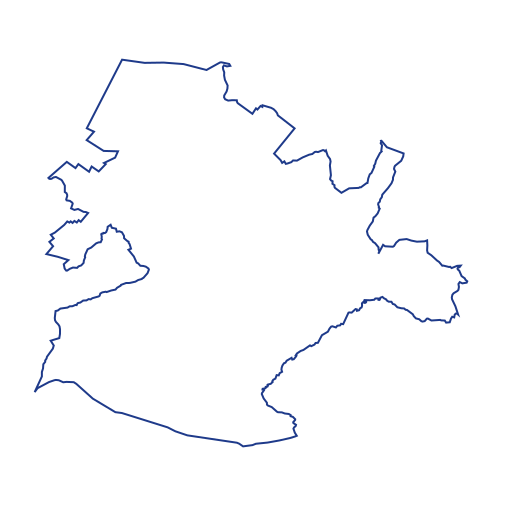 Xaltocan, Tlaxcala, Mexico (orthographic projection), rotated 274°
{"feature_id": "50627088B23292319838140", "entity_name": "Xaltocan", "entity_type": "district", "adm_level": 2, "iso_a3": "MEX", "parent_name": "Mexico", "parent_adm1": "Tlaxcala", "projection": "orthographic", "projection_center": [-98.236, 19.419], "detail": "fine", "context": "isolated", "style": "outline", "palette": "blue", "viewbox_px": 512, "rotation_deg": 274, "n_neighbors": 0, "source": "geoboundaries", "source_scale": "gbopen_adm2", "svg_char_len": 6023}
<svg xmlns="http://www.w3.org/2000/svg" viewBox="0 0 512 512"><g transform="rotate(274 256 256)"><path d="M442.5,108.7L371.6,78.3L368.7,85.7L359.8,79.0L350.2,96.7L350.8,111.0L344.3,108.6L338.2,97.9L337.2,99.7L329.4,93.2L333.8,85.8L328.4,83.6L335.3,72.4L331.1,69.8L336.7,60.7L319.4,43.5L318.6,44.4L318.5,45.4L318.8,46.7L320.2,48.5L320.9,50.9L318.4,56.5L317.6,57.3L312.9,60.4L306.5,60.8L305.4,62.6L304.0,63.3L302.7,63.5L299.2,62.7L298.3,63.2L298.0,66.5L296.4,69.0L295.4,69.5L290.6,68.2L289.3,71.6L290.5,75.2L288.0,80.9L288.0,83.2L287.2,85.5L277.9,78.8L279.4,76.6L276.9,74.9L278.3,72.4L276.2,70.7L277.6,68.7L276.3,67.5L277.3,65.3L273.6,62.5L265.3,53.7L262.9,49.8L259.4,53.0L255.7,48.9L251.6,52.9L243.3,46.8L241.4,58.2L238.8,69.1L234.4,64.8L230.1,66.0L228.2,67.7L228.3,68.7L230.2,71.1L231.7,74.2L231.7,78.4L233.3,79.7L234.4,82.3L237.1,84.5L239.5,84.6L242.9,85.7L243.6,85.3L245.7,85.6L251.0,87.6L252.9,91.0L257.5,95.7L258.6,98.0L258.9,100.1L261.8,101.2L262.6,100.7L264.4,100.8L267.0,100.1L267.5,100.6L267.6,101.7L268.4,102.1L268.3,103.6L269.4,104.9L272.5,105.9L274.8,106.0L277.0,108.8L274.1,110.2L273.5,114.4L270.5,115.4L271.1,118.1L270.3,120.6L266.9,122.9L264.5,123.2L262.0,126.5L261.4,127.9L260.3,128.0L259.0,129.1L254.6,130.8L253.3,128.3L247.0,134.2L241.0,137.4L240.4,139.0L238.2,141.3L238.2,144.3L237.7,146.8L236.0,149.6L234.9,150.1L231.3,149.0L226.3,145.2L225.8,144.2L225.1,143.7L223.8,140.1L222.0,137.5L220.3,131.9L220.0,128.3L217.8,123.4L217.0,123.1L214.6,119.6L212.7,118.2L211.5,114.0L209.6,109.5L209.9,108.6L209.0,105.2L207.7,103.3L205.5,102.8L204.7,101.9L202.5,95.7L201.2,94.1L201.3,92.0L199.9,90.0L199.5,86.7L197.3,84.0L196.7,81.8L196.2,81.2L194.5,80.5L194.6,79.3L193.1,76.4L192.8,73.6L191.4,71.6L189.9,64.5L187.8,62.1L187.1,59.9L180.1,59.6L177.9,60.0L176.3,61.0L173.9,63.6L172.1,64.9L169.3,65.6L164.6,65.9L160.4,65.5L157.2,57.1L152.6,60.5L149.4,59.8L140.9,54.5L139.1,54.2L137.1,53.0L135.7,53.1L133.2,51.4L129.0,51.4L125.4,50.5L120.9,50.8L104.8,44.7L108.9,47.3L115.8,58.3L118.0,63.5L118.4,65.0L118.3,67.9L116.6,72.5L117.2,75.8L117.4,83.0L115.9,85.7L102.3,103.2L90.4,126.6L90.0,133.2L78.9,179.8L75.5,187.8L72.3,200.0L68.4,250.0L67.6,252.3L65.2,256.4L67.1,265.7L68.7,269.0L70.7,280.6L73.6,292.1L76.8,302.7L78.7,307.6L79.5,309.2L82.5,307.0L86.4,305.4L87.6,305.9L89.1,307.4L90.4,307.7L91.9,305.0L92.8,304.7L95.2,306.5L95.9,306.5L98.1,304.0L98.6,301.7L99.7,301.7L100.7,299.7L100.9,295.7L101.8,292.7L101.7,288.8L102.1,287.8L106.4,282.2L107.7,278.2L108.5,277.3L110.4,277.1L114.4,273.6L118.7,271.4L119.6,271.5L122.7,273.4L123.2,273.2L123.3,271.8L124.0,271.9L124.6,274.4L125.5,275.2L125.6,274.7L126.1,274.8L126.6,276.6L127.4,276.9L128.1,276.4L128.6,276.8L129.5,279.6L131.5,281.4L132.2,281.0L133.8,281.9L135.0,283.9L138.6,284.9L138.5,287.0L140.8,287.8L142.3,290.1L144.4,289.3L146.3,289.4L148.6,290.0L151.0,291.4L151.6,292.8L153.7,293.9L156.9,298.6L155.2,299.4L155.7,300.9L158.8,303.1L159.6,303.3L159.7,302.6L161.6,303.6L164.4,307.2L165.6,309.9L170.6,316.1L169.9,317.4L171.7,320.5L173.4,321.5L173.7,323.8L181.6,327.3L185.5,333.0L188.7,334.4L190.8,335.9L191.2,337.1L190.3,340.7L192.1,342.0L192.7,344.8L194.3,345.6L194.1,347.7L205.9,352.2L206.2,352.9L206.2,355.4L210.0,359.0L209.8,360.3L208.4,360.6L209.1,362.6L211.1,363.5L212.0,364.9L213.7,365.3L216.1,365.0L216.8,365.4L217.3,365.9L216.8,367.5L217.0,368.5L217.7,369.1L218.2,369.1L218.4,366.9L219.6,367.3L219.8,372.7L220.6,377.0L221.9,378.0L222.1,379.4L222.1,381.4L220.9,381.2L220.7,381.9L221.1,382.5L223.1,383.0L224.0,385.0L222.8,386.5L221.7,389.0L220.8,389.5L219.7,391.5L219.8,394.3L217.7,395.8L217.3,397.7L214.7,400.6L214.0,404.6L214.0,407.4L212.8,409.0L212.7,410.4L208.8,416.5L207.0,417.6L204.9,419.9L204.3,423.2L202.5,425.5L202.2,426.7L202.8,428.8L205.4,430.8L205.6,431.8L203.9,435.5L205.1,444.3L204.7,445.2L204.8,448.8L202.8,450.3L203.4,453.9L207.2,454.9L209.1,456.0L208.6,458.0L211.3,458.3L212.5,459.3L212.6,460.5L211.7,461.7L219.8,458.4L226.5,454.6L228.3,454.2L231.0,454.6L232.6,455.7L235.2,459.4L236.4,460.3L239.3,460.6L242.2,459.9L244.2,461.1L243.1,463.7L244.1,468.0L245.5,468.5L247.0,466.5L248.2,465.9L250.3,462.5L255.5,459.8L256.7,458.2L257.6,457.9L258.7,458.5L259.0,459.8L260.7,460.9L260.2,457.3L257.6,452.0L258.8,450.4L258.5,449.4L259.5,443.5L259.3,442.5L262.9,439.0L264.1,436.9L269.0,430.8L271.2,427.0L273.5,426.3L278.5,426.2L283.5,425.6L282.4,423.2L281.5,415.5L282.2,409.9L283.4,405.1L282.1,397.9L279.1,394.9L275.6,393.0L274.8,391.9L274.7,384.1L276.0,382.0L266.8,377.9L269.3,378.7L270.8,377.9L273.2,377.6L277.1,373.9L278.3,371.7L279.9,370.6L280.7,369.2L285.0,366.0L288.2,365.0L289.6,365.3L294.3,367.4L298.6,370.1L302.5,370.6L304.0,372.3L307.0,374.4L311.9,376.1L312.7,375.1L313.4,375.3L316.1,374.2L317.4,374.4L318.8,375.7L321.2,376.0L323.4,377.4L326.0,377.7L332.9,382.9L338.0,386.1L341.6,387.3L343.9,387.2L349.9,389.1L352.5,387.6L354.5,387.9L355.7,388.4L361.1,394.2L365.6,395.9L368.6,396.1L373.6,379.0L379.7,373.1L379.6,372.7L378.9,373.0L377.2,372.5L375.2,374.0L369.8,373.6L369.1,374.1L367.4,372.5L359.5,369.0L356.3,368.5L354.0,367.3L353.3,367.8L346.9,365.4L345.4,363.8L341.3,362.6L336.6,362.1L336.4,361.2L331.8,355.8L331.8,354.7L331.1,353.7L330.0,344.2L325.0,336.8L329.5,330.0L330.5,329.4L332.1,329.4L333.4,327.2L335.9,327.2L336.6,325.6L337.9,324.5L341.8,325.1L351.5,323.4L355.5,323.8L357.9,323.1L361.0,320.5L366.2,318.4L365.3,317.6L366.3,316.2L366.3,315.3L364.0,310.6L364.2,308.6L363.8,307.3L361.7,305.1L360.8,302.0L357.6,295.7L354.0,290.2L353.9,286.3L352.1,284.7L350.5,281.0L350.0,279.3L352.4,277.7L350.7,275.6L353.3,273.9L359.4,266.9L386.0,285.6L397.8,268.0L399.9,267.1L401.8,265.5L403.7,263.3L404.9,260.7L406.8,252.0L405.2,251.9L406.0,250.1L402.2,247.2L403.3,245.7L397.6,242.5L407.2,227.1L408.4,226.3L410.0,226.0L409.8,221.5L409.1,217.4L410.2,214.3L412.0,213.1L413.9,213.1L418.1,215.2L421.0,215.8L424.1,215.8L429.6,212.7L433.8,211.6L437.0,211.5L439.9,210.2L442.2,209.8L443.9,210.7L443.1,213.8L443.9,217.1L445.7,215.9L446.8,208.0L446.6,206.7L438.1,193.6L442.4,170.4L442.5,150.4L440.9,131.4L442.5,108.7Z" fill="none" stroke="#1e3a8a" stroke-width="2"/></g></svg>